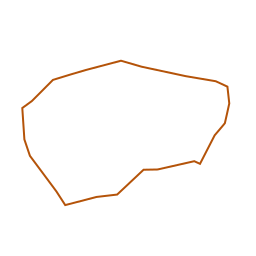 the district of San Andrés Lagunas, Oaxaca, Mexico, rotated 262°
{"feature_id": "50627088B92611149671356", "entity_name": "San Andrés Lagunas", "entity_type": "district", "adm_level": 2, "iso_a3": "MEX", "parent_name": "Mexico", "parent_adm1": "Oaxaca", "projection": "natural_earth1", "projection_center": [-97.531, 17.586], "detail": "fine", "context": "isolated", "style": "outline", "palette": "amber", "viewbox_px": 256, "rotation_deg": 262, "n_neighbors": 0, "source": "geoboundaries", "source_scale": "gbopen_adm2", "svg_char_len": 503}
<svg xmlns="http://www.w3.org/2000/svg" viewBox="0 0 256 256"><g transform="rotate(262 128 128)"><path d="M186.1,60.4L168.1,36.6L162.5,26.1L131.1,23.8L114.1,27.0L93.8,38.1L75.1,48.3L60.4,55.1L64.1,87.2L63.6,108.0L84.5,137.6L82.8,151.5L85.9,189.0L82.5,194.3L84.6,195.8L95.1,203.2L108.7,212.8L117.7,222.9L119.3,224.6L128.0,227.9L138.2,231.7L144.7,231.9L155.1,232.2L162.1,221.4L171.3,192.4L186.8,150.0L195.6,130.4L191.3,94.3L189.0,78.7L186.1,60.4Z" fill="none" stroke="#b45309" stroke-width="2"/></g></svg>